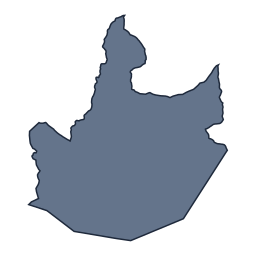 outline of Chokhorling, Pemagatsel, Bhutan
{"feature_id": "84629894B57619855084660", "entity_name": "Chokhorling", "entity_type": "district", "adm_level": 2, "iso_a3": "BTN", "parent_name": "Bhutan", "parent_adm1": "Pemagatsel", "projection": "orthographic", "projection_center": [91.337, 26.854], "detail": "fine", "context": "isolated", "style": "filled", "palette": "slate", "viewbox_px": 256, "rotation_deg": 0, "n_neighbors": 0, "source": "geoboundaries", "source_scale": "gbopen_adm2", "svg_char_len": 5142}
<svg xmlns="http://www.w3.org/2000/svg" viewBox="0 0 256 256"><path d="M218.4,64.9L216.4,65.8L215.9,66.4L215.1,67.3L214.3,68.2L213.7,69.2L212.8,70.6L212.4,71.4L211.7,72.7L210.8,73.9L209.3,75.8L208.1,77.5L206.1,80.4L203.9,82.2L199.9,83.1L198.1,85.3L195.3,87.8L193.6,89.3L190.4,90.6L189.1,91.1L186.2,92.4L182.7,94.4L178.3,94.6L176.7,95.1L173.1,96.1L170.0,97.6L167.4,96.5L165.0,96.0L164.3,96.0L162.8,95.9L162.0,95.9L160.1,95.7L155.7,95.0L152.8,94.2L149.9,92.6L148.6,92.9L145.5,94.2L142.3,93.9L139.9,93.7L137.5,92.4L135.3,91.6L133.8,89.8L132.9,89.8L131.7,89.3L131.7,87.8L131.8,87.1L131.9,86.1L131.7,85.2L131.4,82.9L130.6,81.6L130.6,81.1L130.6,79.6L130.7,79.1L131.0,78.5L131.4,76.9L131.4,75.2L131.5,74.1L131.4,73.7L131.1,73.2L130.4,72.5L130.2,72.0L130.4,71.4L130.7,71.0L131.1,70.5L132.0,70.0L133.4,68.6L135.3,67.8L137.3,67.5L140.1,66.8L141.0,66.2L141.8,65.4L142.8,64.6L143.7,64.0L144.9,63.6L145.2,62.9L145.1,62.3L145.3,61.5L145.2,60.5L146.1,59.5L146.1,57.5L145.9,56.0L145.3,54.6L144.8,52.1L144.6,51.5L144.6,50.8L144.8,50.1L144.8,49.0L143.6,47.4L143.1,46.6L142.4,45.4L142.1,44.9L141.0,43.3L139.6,41.5L139.3,41.0L138.1,39.8L137.3,38.7L136.2,37.6L134.8,36.6L134.1,36.3L132.0,35.4L131.1,35.0L130.3,34.9L129.6,33.9L128.6,32.3L127.1,31.0L126.0,30.3L125.6,30.0L124.7,29.5L123.8,29.0L123.7,27.8L124.1,24.9L124.1,24.0L124.1,23.4L124.1,22.6L124.2,21.0L124.1,19.0L123.5,17.6L123.6,16.9L124.6,15.4L123.2,15.5L122.6,15.8L121.9,16.1L121.0,16.8L120.4,16.9L119.8,17.1L118.6,17.6L117.5,18.0L116.4,18.1L116.0,18.4L115.5,19.1L115.3,19.6L115.2,20.2L115.1,20.7L114.7,21.1L113.3,21.8L112.5,22.4L111.5,23.4L110.9,24.2L110.0,26.4L109.7,27.3L109.4,28.2L109.1,28.7L108.4,29.2L107.9,29.6L107.5,30.3L107.4,30.8L107.4,31.7L107.5,32.5L107.3,33.4L107.1,34.7L106.9,35.1L106.6,35.8L105.7,37.3L104.6,38.8L104.2,39.4L104.5,40.7L104.5,41.5L104.5,42.1L104.3,42.7L104.0,43.4L103.8,43.9L103.4,44.7L102.7,46.0L102.6,46.8L103.1,47.5L104.3,48.6L105.0,49.7L105.5,50.0L105.8,50.5L106.0,51.2L106.0,52.4L105.9,53.0L105.7,53.7L105.9,54.4L106.0,55.1L106.2,55.8L106.4,57.3L106.6,57.9L107.0,58.8L107.1,59.5L107.1,60.1L106.8,60.5L106.4,61.7L106.3,62.3L106.1,62.7L105.7,63.2L105.3,63.5L104.9,63.7L104.3,63.8L102.6,63.8L102.0,63.8L101.4,63.9L100.9,64.5L100.8,65.1L100.5,66.6L100.2,67.5L100.6,68.8L100.4,69.5L100.1,70.2L100.0,70.7L100.0,72.0L100.1,72.5L100.3,73.0L100.4,73.6L100.4,74.2L100.0,74.8L99.6,75.2L99.2,75.7L99.0,76.4L99.0,77.0L98.4,77.6L97.4,77.2L96.9,77.2L96.3,77.3L96.0,77.8L96.0,78.9L96.2,79.7L96.7,80.7L97.0,81.5L97.0,82.1L96.7,82.8L95.3,84.0L95.1,85.1L94.7,85.8L94.6,86.6L94.6,87.5L95.3,89.1L95.3,89.8L95.1,90.3L94.8,91.4L94.4,93.2L93.9,94.4L93.7,95.0L93.1,96.2L92.7,96.7L92.3,97.7L91.9,98.7L91.6,101.2L91.6,102.9L92.0,103.8L91.9,106.2L91.5,108.0L90.8,109.5L90.1,110.2L89.7,110.4L89.2,110.7L88.5,111.0L87.5,112.1L86.6,113.0L85.9,113.8L84.4,115.0L84.1,115.6L84.1,116.2L84.2,116.8L84.3,117.4L84.3,118.1L84.2,118.9L83.4,119.5L81.1,119.9L80.7,120.0L79.9,120.3L79.1,120.8L78.1,120.7L76.8,120.4L76.1,120.8L75.4,121.5L75.2,121.9L75.4,123.1L75.5,123.9L75.0,124.8L74.3,125.5L73.8,125.8L73.3,125.8L72.5,126.1L71.5,127.2L71.0,127.8L70.9,128.3L71.3,129.7L71.3,130.2L70.8,131.2L70.8,132.3L71.4,136.2L71.2,137.7L70.8,138.8L70.5,139.8L70.4,140.2L70.1,141.0L69.1,140.4L68.5,140.1L67.0,139.3L65.4,138.3L64.6,137.8L62.9,136.8L61.7,135.9L61.0,135.4L60.5,135.2L58.5,133.8L57.2,132.8L54.4,130.2L53.7,129.2L51.6,127.7L48.4,125.4L47.0,123.8L46.4,123.1L45.7,122.5L44.7,122.7L43.1,123.2L41.9,123.2L40.7,123.2L39.8,123.0L39.0,122.6L29.6,131.3L29.4,135.4L30.0,141.2L30.3,143.3L30.9,144.7L32.9,148.4L34.6,149.1L36.7,151.1L36.1,152.8L35.2,152.8L34.5,152.6L33.4,153.3L33.1,154.5L33.0,155.1L32.2,155.5L32.0,156.5L33.1,158.7L35.9,160.1L36.1,162.6L36.4,164.9L38.7,169.3L40.0,170.8L39.3,172.0L38.4,173.1L37.5,174.9L37.7,176.8L38.2,178.3L38.8,179.6L39.3,180.4L38.9,182.6L38.3,184.4L36.0,188.4L36.5,191.7L38.5,198.5L31.4,201.9L28.7,204.6L46.9,210.6L54.0,216.0L74.1,231.4L116.3,238.5L130.7,240.6L183.4,218.7L203.7,187.0L206.3,183.0L225.5,153.0L227.3,150.3L226.6,148.9L225.9,147.3L225.7,146.5L225.1,145.6L224.3,144.8L222.8,144.3L221.5,144.2L219.9,143.9L218.6,143.8L217.1,143.6L214.5,142.4L214.1,142.0L213.6,140.8L213.1,140.3L212.2,139.6L210.6,138.8L209.5,138.6L208.8,138.1L208.8,136.7L208.7,135.3L208.4,134.3L207.3,132.8L206.3,131.5L205.9,130.7L205.7,130.1L205.4,129.2L205.9,128.9L206.8,128.7L207.7,128.2L208.8,127.6L210.1,126.6L211.1,126.0L212.2,125.2L213.3,124.4L214.8,124.0L216.4,123.9L217.2,123.8L219.7,123.5L220.6,123.0L221.6,122.2L222.6,120.7L222.9,120.2L223.3,119.7L223.0,118.6L222.5,117.4L222.2,116.1L222.6,114.6L223.0,113.1L222.6,109.9L222.6,109.1L222.7,108.4L223.0,107.2L222.9,106.5L222.7,105.7L222.4,105.1L222.4,104.4L222.6,103.7L222.8,103.0L222.1,102.5L221.7,102.1L221.3,101.6L220.8,100.8L220.2,99.3L219.6,98.1L219.4,97.6L219.4,97.1L219.6,96.4L220.1,95.5L220.5,94.8L220.8,93.8L221.3,92.5L221.5,92.1L221.6,91.3L221.4,90.6L220.9,89.8L219.8,88.7L219.4,87.7L219.4,86.0L219.5,85.0L219.5,84.1L219.4,83.6L219.1,82.4L218.9,81.5L218.4,78.5L218.0,77.8L217.9,76.7L218.1,75.6L218.4,74.1L218.4,72.9L218.1,71.0L218.1,68.4L218.0,67.5L217.9,66.3L217.9,65.8L218.4,64.9Z" fill="#64748b" stroke="#1e293b" stroke-width="1.5"/></svg>